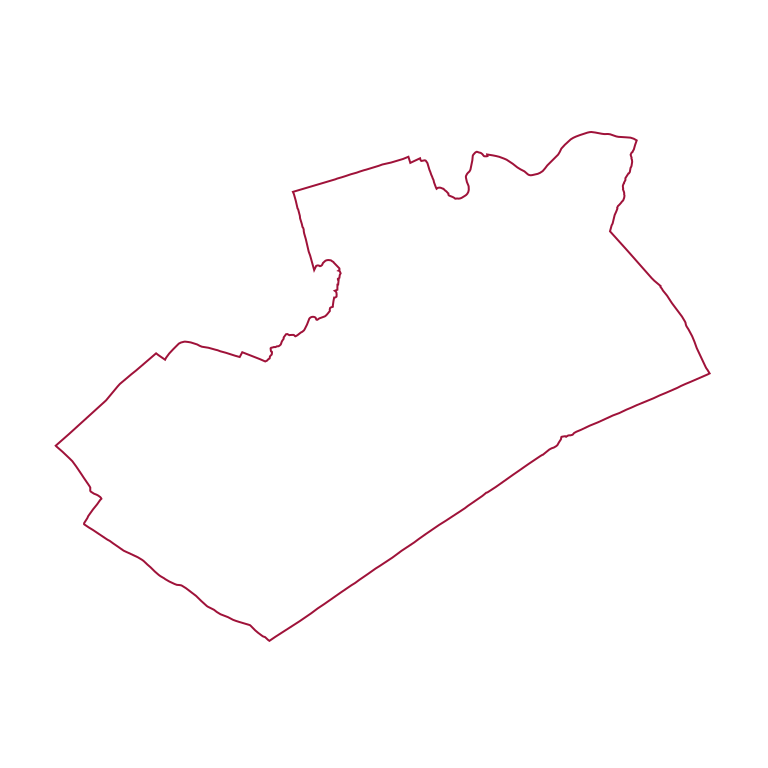 the district of Icoana, Olt, Romania, rotated 273°
{"feature_id": "2599482B73230890802840", "entity_name": "Icoana", "entity_type": "district", "adm_level": 2, "iso_a3": "ROU", "parent_name": "Romania", "parent_adm1": "Olt", "projection": "orthographic", "projection_center": [24.708, 44.406], "detail": "fine", "context": "isolated", "style": "outline", "palette": "rose", "viewbox_px": 768, "rotation_deg": 273, "n_neighbors": 0, "source": "geoboundaries", "source_scale": "gbopen_adm2", "svg_char_len": 6146}
<svg xmlns="http://www.w3.org/2000/svg" viewBox="0 0 768 768"><g transform="rotate(273 384 384)"><path d="M418.0,704.2L436.3,694.4L442.5,691.8L447.9,689.2L454.5,685.2L457.4,683.1L458.9,682.4L461.2,681.8L462.4,681.1L467.0,678.0L479.7,667.4L482.0,665.7L487.0,662.1L492.0,657.6L493.6,656.6L495.6,654.9L496.3,655.1L501.2,648.6L503.8,645.7L529.3,620.7L548.3,601.7L554.3,603.0L556.2,603.9L564.8,605.5L568.1,606.8L571.4,607.9L572.1,607.6L572.6,607.8L573.9,608.3L575.5,609.8L577.8,611.6L578.3,611.8L579.7,613.1L580.3,613.4L582.6,614.1L584.6,614.3L586.0,613.9L587.0,613.9L588.0,613.7L591.1,612.4L591.8,612.6L593.6,612.2L594.7,612.2L596.3,612.7L597.0,613.2L597.5,613.1L600.3,614.4L602.2,614.3L607.1,617.1L607.2,617.6L608.6,618.4L612.7,618.9L614.1,619.6L615.1,619.8L618.9,620.2L621.2,619.8L621.6,619.5L622.4,619.3L623.0,619.4L624.9,618.6L625.9,618.3L628.1,619.2L628.6,620.0L630.2,620.6L631.2,621.2L635.7,622.2L640.5,623.6L642.0,620.6L642.9,617.3L643.0,613.5L643.1,605.1L643.4,603.0L645.2,596.8L645.4,594.5L645.1,591.1L645.3,588.4L646.2,581.7L646.5,577.9L646.3,576.3L645.7,574.1L642.9,566.8L641.2,562.9L639.8,560.2L638.1,557.7L632.4,552.1L628.4,548.8L625.0,547.4L622.2,545.9L610.8,535.6L607.7,533.5L604.9,531.3L603.0,528.7L601.9,526.5L600.4,521.2L600.1,519.6L600.3,518.0L600.9,516.7L603.7,513.1L605.5,509.1L607.3,505.8L610.7,501.0L614.4,494.7L615.4,492.0L616.9,487.2L617.5,484.1L618.0,480.7L618.6,475.0L617.0,475.4L616.7,474.1L616.7,472.2L617.1,471.6L618.7,470.2L619.5,469.1L619.9,468.3L620.2,466.6L620.7,465.0L620.7,464.2L619.9,463.0L617.7,461.2L616.6,460.7L611.9,460.5L602.6,459.1L600.7,458.2L599.3,456.8L597.9,455.8L596.0,455.0L595.2,454.9L594.1,455.1L590.1,456.2L586.6,457.9L585.7,458.2L582.3,458.5L580.1,458.1L578.3,457.2L577.1,456.2L576.3,455.2L573.9,451.7L573.3,450.3L573.0,448.7L573.1,447.2L572.8,445.9L572.8,445.5L572.9,445.2L573.4,444.7L574.3,442.9L575.4,439.7L575.8,438.8L576.5,438.4L577.7,438.3L578.0,437.8L579.6,436.2L580.6,434.7L582.1,433.1L582.1,432.5L582.6,431.4L583.0,429.9L583.0,428.9L582.7,427.5L581.7,426.3L582.9,425.6L588.0,423.4L590.2,422.8L592.1,421.8L593.6,421.2L595.3,420.3L598.3,419.1L600.4,418.1L606.9,415.8L609.2,414.0L609.4,413.5L609.5,412.9L608.7,409.7L608.8,409.4L609.5,408.8L611.3,408.2L606.2,398.7L612.2,396.5L609.7,391.2L605.5,379.4L603.1,370.8L601.6,367.3L597.1,354.9L596.4,352.7L594.9,348.7L593.6,345.6L591.7,339.9L589.7,334.9L588.2,330.9L586.7,326.5L585.9,324.8L571.1,283.0L568.9,284.1L562.4,286.3L554.7,288.5L554.0,289.1L547.4,291.2L545.2,291.5L539.4,293.6L536.5,294.4L535.7,295.1L534.1,295.7L532.3,295.9L530.2,296.4L524.4,298.4L512.2,301.9L508.5,303.5L494.1,308.3L498.4,310.1L498.9,311.3L498.9,312.5L498.8,313.0L498.5,313.4L498.3,313.9L498.8,315.1L499.7,316.0L501.6,316.7L503.6,318.6L504.1,319.2L504.5,320.1L504.7,320.8L504.9,322.1L504.7,324.5L504.2,325.3L503.9,325.7L503.2,327.1L502.7,327.4L497.2,333.3L496.4,333.6L495.1,333.1L494.8,332.7L494.5,333.8L492.3,334.9L490.5,334.1L487.7,333.9L487.2,333.3L486.7,332.5L486.5,332.4L486.1,332.5L486.6,333.3L480.9,333.0L480.8,332.3L475.7,332.5L474.5,330.0L473.9,330.9L473.2,331.5L472.7,331.7L471.0,332.0L468.8,332.0L468.1,331.2L467.7,330.3L467.7,329.7L464.2,329.2L459.5,328.8L458.5,328.9L458.1,328.1L457.9,327.3L457.1,326.2L455.6,325.9L454.1,326.1L450.4,323.4L448.9,322.0L448.4,321.3L446.2,316.1L445.6,315.2L444.7,314.2L444.6,313.7L444.8,313.1L446.6,312.2L447.0,311.6L447.3,310.7L447.4,309.6L447.2,308.4L446.8,307.5L446.3,306.8L445.4,306.0L439.3,304.0L434.5,301.9L433.4,301.3L431.9,299.7L431.1,298.3L428.2,295.0L427.3,293.6L427.0,293.1L427.1,292.7L428.1,291.6L428.3,290.8L428.0,287.6L427.8,286.9L428.8,284.9L428.6,283.6L425.6,281.6L425.2,281.4L423.9,281.4L421.8,280.1L420.4,279.5L419.1,279.2L418.0,278.8L416.8,277.6L416.2,276.7L416.0,275.1L415.2,273.7L415.1,273.1L415.2,272.3L414.7,271.0L414.3,269.5L413.9,269.0L413.5,268.9L411.2,269.3L410.7,269.5L410.4,269.8L410.4,270.2L410.2,270.4L409.1,270.5L407.5,270.3L406.1,269.0L405.3,268.6L403.7,268.5L403.3,268.2L402.9,267.4L401.0,265.7L400.8,265.1L400.3,264.2L402.3,258.9L408.3,240.8L403.4,238.5L404.4,234.0L406.9,224.5L408.1,218.9L409.0,216.1L409.4,214.0L411.0,206.8L411.7,200.2L412.5,197.9L413.7,195.4L415.4,188.9L415.7,186.3L415.9,183.2L415.8,182.3L414.8,179.1L413.6,177.0L407.6,171.6L403.2,167.9L398.8,165.0L396.8,164.1L401.1,157.1L402.7,154.8L384.4,135.6L380.5,131.2L370.2,120.2L367.6,118.1L353.1,107.3L317.5,72.0L305.2,59.4L304.6,60.0L299.6,66.4L293.1,74.0L290.6,76.8L285.7,80.8L277.5,87.0L274.9,88.9L266.5,95.3L265.2,96.1L262.3,96.2L261.7,96.4L261.2,96.8L259.3,100.1L258.4,102.8L257.7,104.3L256.3,106.5L255.6,107.2L254.6,107.8L253.3,106.6L248.8,103.8L243.6,100.0L236.7,95.6L234.4,94.7L229.7,92.0L229.2,91.8L228.2,91.9L225.3,96.7L223.1,100.8L215.7,113.2L214.0,116.1L213.0,118.3L210.7,121.8L203.9,132.8L198.1,147.2L195.7,151.7L194.7,153.2L191.2,157.3L188.8,160.4L184.7,165.0L181.5,169.1L180.4,170.8L178.4,174.7L177.7,175.7L175.5,180.0L173.3,185.4L172.6,187.6L172.5,190.6L172.3,192.1L172.0,192.8L169.8,196.8L162.5,207.5L157.8,212.8L153.0,218.7L152.4,219.7L149.6,226.1L147.6,228.9L145.5,232.8L143.0,240.4L140.6,245.6L139.7,248.5L138.8,251.9L136.2,262.7L135.6,263.5L131.3,268.2L128.8,271.5L126.0,275.7L125.6,276.4L125.0,278.5L122.4,281.6L121.5,283.0L125.9,288.8L142.8,312.3L151.3,323.4L156.4,329.5L161.0,335.7L173.8,352.1L181.4,362.1L183.8,365.6L187.1,369.6L193.3,377.7L199.3,385.3L202.1,389.3L211.1,401.5L218.3,410.2L227.4,422.5L231.0,426.8L236.3,433.5L246.3,446.6L250.2,452.2L264.2,471.3L266.7,474.2L277.3,488.0L279.1,490.0L280.8,491.8L281.0,492.6L281.4,493.3L287.0,501.0L300.1,517.6L311.9,532.8L320.3,544.0L321.5,545.8L321.6,546.3L327.2,552.5L328.6,554.8L329.4,556.9L331.0,559.3L332.1,560.4L334.8,561.7L337.7,563.4L338.4,563.7L339.3,563.7L340.5,564.0L340.7,564.6L341.3,567.4L341.3,567.9L340.9,568.3L340.8,568.6L341.4,569.3L341.6,569.8L341.9,570.0L342.2,570.7L342.4,571.4L342.5,572.9L343.2,575.0L345.0,576.4L346.4,578.6L348.4,582.8L353.2,591.7L356.9,599.6L364.6,614.3L367.2,620.3L371.1,627.5L373.3,632.1L376.2,637.7L383.8,653.8L387.2,660.2L389.7,665.5L395.6,677.3L397.6,680.7L399.9,685.2L401.8,689.2L410.5,706.7L411.5,708.4L411.6,708.6L415.2,706.2L416.5,705.1L418.0,704.2Z" fill="none" stroke="#9f1239" stroke-width="2"/></g></svg>